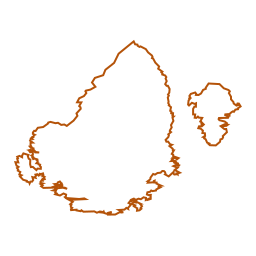 Stord nor, Hordaland, Norway (Natural Earth projection)
{"feature_id": "86288312B17491497636164", "entity_name": "Stord nor", "entity_type": "district", "adm_level": 2, "iso_a3": "NOR", "parent_name": "Norway", "parent_adm1": "Hordaland", "projection": "natural_earth1", "projection_center": [5.468, 59.833], "detail": "fine", "context": "isolated", "style": "outline", "palette": "amber", "viewbox_px": 256, "rotation_deg": 0, "n_neighbors": 0, "source": "geoboundaries", "source_scale": "gbopen_adm2", "svg_char_len": 5858}
<svg xmlns="http://www.w3.org/2000/svg" viewBox="0 0 256 256"><path d="M37.8,127.8L35.6,131.0L34.2,130.8L32.9,132.5L32.9,133.9L34.7,134.8L33.8,135.2L33.5,137.0L32.4,137.0L32.2,138.6L30.7,137.3L32.2,138.8L30.7,138.7L30.3,140.5L29.4,140.1L32.7,142.6L30.6,142.7L30.5,145.1L31.3,146.5L29.9,146.6L30.7,147.6L33.5,148.4L33.4,149.5L35.7,152.0L39.2,152.5L35.2,152.4L33.2,150.0L31.9,150.1L32.6,150.6L31.8,151.0L30.7,149.8L29.1,150.2L31.3,151.2L29.5,151.3L30.1,152.2L32.7,151.9L32.9,154.8L31.5,155.5L33.2,157.1L32.4,157.6L33.2,159.1L34.7,158.6L37.0,159.3L36.7,160.0L37.2,160.2L37.4,159.2L37.7,161.5L36.5,163.2L38.4,163.3L38.5,164.3L40.1,164.7L39.8,165.8L40.9,167.0L40.8,168.8L37.5,168.6L36.4,170.1L32.8,166.9L30.9,167.1L30.1,164.2L30.3,159.6L28.7,158.7L27.9,156.3L28.5,155.0L23.4,153.4L22.1,155.6L22.1,157.2L19.5,155.9L17.2,156.8L18.0,158.3L17.2,158.8L18.3,162.4L15.4,162.2L16.5,165.6L18.5,166.9L17.0,168.0L18.2,169.7L17.8,170.6L20.3,172.0L19.3,174.5L21.6,175.3L20.0,176.5L23.2,179.8L26.8,180.8L26.7,181.6L29.2,182.3L29.6,183.5L30.5,181.6L32.1,181.6L33.2,180.0L32.4,177.1L35.5,177.8L35.0,176.8L36.1,175.7L35.5,174.6L37.3,174.2L38.7,175.6L40.2,174.6L39.0,173.5L40.8,174.1L43.0,173.4L43.4,175.0L42.3,175.9L44.5,176.9L44.0,177.4L44.6,178.9L43.2,178.8L43.6,179.4L42.3,179.7L42.7,180.7L41.3,180.7L40.4,182.0L40.5,182.8L42.7,183.4L40.7,184.1L42.6,185.3L41.2,186.3L43.4,187.9L54.3,187.6L53.2,186.9L55.4,186.2L55.4,184.7L54.6,184.1L57.5,183.8L57.8,182.4L59.9,181.5L61.6,183.6L62.7,183.7L59.8,183.9L62.3,184.5L61.0,184.7L62.3,185.1L62.3,185.9L60.9,185.0L57.2,184.9L56.1,186.2L56.4,187.2L57.7,187.0L56.4,186.8L57.9,185.7L60.5,186.7L60.5,187.6L64.8,187.7L67.1,188.8L62.9,187.7L55.2,188.4L56.2,189.2L53.3,190.4L55.9,190.8L55.2,192.6L56.6,193.4L55.4,194.3L60.0,195.5L63.5,193.5L66.1,194.6L65.8,196.6L64.9,197.1L65.8,198.0L79.2,199.0L84.3,198.4L85.6,199.1L69.2,199.9L72.8,201.8L70.2,204.2L71.4,204.9L70.7,205.7L70.9,207.0L72.2,207.8L70.9,209.2L71.1,210.1L76.5,209.7L76.5,210.4L80.7,211.2L81.4,210.3L83.4,211.7L94.3,211.4L96.9,212.7L99.9,211.5L101.1,211.7L100.1,212.3L102.9,212.6L103.7,211.6L104.2,213.0L107.1,213.9L107.8,212.9L110.8,212.1L111.7,212.3L108.2,213.3L108.7,213.6L108.3,214.6L115.3,214.5L119.7,212.2L121.6,212.5L123.4,212.2L119.9,212.1L121.3,211.4L118.8,210.0L124.5,209.6L126.3,207.9L128.1,208.9L127.9,208.0L130.4,205.3L129.9,203.6L128.6,203.0L130.5,200.6L131.8,199.9L130.7,201.7L133.3,200.0L132.0,199.4L133.6,198.7L135.4,199.5L134.3,201.1L135.2,202.4L133.7,202.2L131.5,204.0L135.1,205.3L134.0,206.3L137.3,208.3L137.0,210.7L139.5,210.3L141.3,208.8L140.5,208.1L142.0,206.2L140.0,203.9L140.6,203.8L135.8,201.5L136.9,199.4L138.5,198.7L140.9,199.2L143.6,197.3L146.0,197.9L145.8,200.0L149.4,198.5L148.8,199.5L150.7,198.9L150.7,194.9L149.2,194.9L150.2,195.1L149.8,195.5L146.9,194.5L147.4,192.3L150.0,191.8L151.2,190.5L152.5,191.1L156.0,190.5L156.3,189.4L160.1,187.5L158.5,187.0L158.7,186.0L161.2,185.7L156.5,183.6L156.6,182.6L154.3,182.5L154.6,180.7L153.8,181.0L153.5,182.3L147.8,182.7L148.6,181.2L147.9,181.1L150.3,179.3L150.5,177.6L153.0,174.2L152.4,173.7L155.0,174.6L157.5,173.0L160.6,172.7L162.3,171.0L164.0,171.1L165.0,172.1L165.6,174.0L165.1,174.4L168.7,176.4L173.6,171.9L173.5,173.6L174.3,174.5L176.2,174.3L176.4,173.6L177.6,174.4L177.5,173.5L179.8,172.7L174.7,170.0L177.6,167.7L173.5,166.1L176.2,164.8L178.7,165.8L179.1,165.3L178.3,165.0L178.0,163.5L174.4,162.8L173.4,161.2L174.9,161.0L176.9,163.0L175.0,160.8L171.3,161.0L172.6,159.8L171.9,159.1L173.2,158.5L172.9,158.1L175.6,157.9L176.8,159.4L178.5,158.1L173.2,156.2L173.2,154.7L171.8,153.9L173.9,150.3L172.8,150.2L172.7,148.7L169.5,146.1L171.9,144.8L170.0,144.2L168.1,141.6L166.4,141.7L165.6,139.9L168.3,137.1L168.9,135.2L168.3,134.3L171.0,132.1L169.8,131.2L169.9,130.4L171.7,127.4L171.0,125.1L173.4,120.9L172.5,117.7L173.5,116.7L172.9,116.7L173.0,114.2L172.4,114.7L172.4,113.1L171.2,113.1L171.4,111.4L170.2,110.8L171.0,107.2L168.8,105.3L169.2,104.7L168.2,103.0L168.6,101.9L167.8,97.5L168.8,95.6L168.0,94.6L169.3,92.6L169.6,89.0L167.9,85.8L166.6,85.8L165.2,84.1L166.7,81.1L165.6,78.6L166.3,77.1L165.2,75.5L162.3,74.5L162.6,73.7L161.4,72.3L162.3,71.6L158.2,68.7L159.1,66.5L155.3,62.6L153.1,58.5L152.0,58.1L152.5,56.8L151.9,55.5L148.1,52.4L145.8,49.1L140.5,46.4L139.5,46.9L137.7,45.8L137.4,44.6L135.1,44.3L133.7,41.4L118.6,53.7L114.1,62.9L105.4,69.8L103.2,75.2L94.9,77.9L92.0,82.5L95.4,86.8L90.4,89.6L85.9,90.6L85.4,91.2L86.3,93.1L83.9,96.1L79.2,98.3L77.1,102.3L81.3,102.4L79.2,106.1L80.5,107.3L80.7,108.8L76.5,113.4L77.4,115.8L73.6,120.6L66.8,125.9L64.3,124.5L61.2,124.9L58.0,122.8L55.5,123.2L50.5,121.9L48.2,122.6L47.9,123.6L43.2,127.0L37.8,127.8ZM219.5,84.1L208.6,83.5L205.7,87.8L205.8,88.8L203.1,89.9L201.0,93.5L198.5,95.0L195.9,94.9L196.2,93.8L195.2,92.5L190.8,93.9L189.4,96.0L190.5,97.9L189.2,98.4L189.6,99.3L188.6,100.4L188.1,104.6L189.0,105.5L191.9,102.8L194.7,103.9L196.0,103.3L195.9,106.7L194.4,106.6L193.1,108.9L193.1,114.4L195.2,114.5L194.7,117.7L196.3,117.9L197.9,116.6L198.8,117.6L202.2,117.9L200.3,121.5L201.2,121.8L201.6,124.6L203.0,124.7L203.0,123.7L203.8,124.5L201.8,126.3L199.0,126.3L198.3,128.2L200.6,128.6L202.9,130.6L202.4,133.0L204.9,133.3L205.1,135.8L203.3,137.0L204.6,137.3L204.2,138.4L205.7,139.3L207.1,142.6L209.3,143.5L208.7,144.1L209.9,145.2L215.8,145.4L220.0,141.8L220.4,139.4L222.3,138.8L223.1,137.2L222.8,136.1L226.9,132.2L226.2,129.0L224.4,129.1L220.7,126.1L224.2,124.5L223.7,125.9L225.8,125.1L225.4,125.9L226.4,125.8L227.7,124.8L226.4,124.7L226.9,123.2L224.7,121.5L219.4,120.2L218.6,119.1L219.0,118.0L228.0,117.8L228.6,116.6L225.2,115.1L225.3,114.4L228.4,114.1L229.5,114.9L229.5,114.0L231.5,112.2L233.0,111.3L233.9,111.8L235.4,109.6L237.9,109.2L237.8,108.4L240.6,106.4L238.9,103.6L237.5,103.5L236.9,104.8L237.5,105.3L236.5,105.6L233.7,103.5L233.4,102.0L231.0,99.3L231.0,96.7L228.9,93.1L229.8,91.3L228.5,90.0L223.8,88.3L219.5,84.1Z" fill="none" stroke="#b45309" stroke-width="2"/></svg>